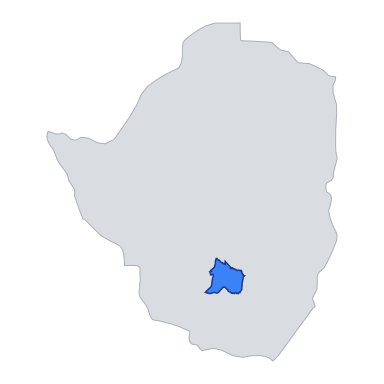 Mberengwa, Midlands, Zimbabwe shown in context
{"feature_id": "62879985B72104982716343", "entity_name": "Mberengwa", "entity_type": "district", "adm_level": 2, "iso_a3": "ZWE", "parent_name": "Zimbabwe", "parent_adm1": "Midlands", "projection": "equal_earth", "projection_center": [30.19, -20.689], "detail": "fine", "context": "in_parent", "style": "filled", "palette": "blue", "viewbox_px": 384, "rotation_deg": 0, "n_neighbors": 0, "source": "geoboundaries", "source_scale": "gbopen_adm2", "svg_char_len": 5947}
<svg xmlns="http://www.w3.org/2000/svg" viewBox="0 0 384 384"><path d="M272.8,361.0L269.5,358.1L265.0,356.3L259.2,355.5L251.6,355.8L242.3,357.3L232.4,355.5L221.8,350.2L213.0,348.3L202.4,350.6L202.0,350.7L200.1,348.9L197.2,345.0L192.4,344.3L191.1,343.4L190.0,342.0L189.3,340.1L189.0,338.1L189.8,331.7L189.4,331.0L188.1,330.3L185.5,329.5L179.1,326.6L171.1,323.8L158.2,320.7L153.1,319.9L152.0,319.0L150.5,316.6L148.0,309.3L145.6,304.5L140.0,297.0L139.1,294.7L139.3,288.7L139.7,284.0L140.3,279.9L140.0,276.1L139.9,271.3L140.1,268.2L139.3,266.8L137.3,265.8L131.5,265.4L124.5,265.6L124.3,260.7L123.5,253.3L122.2,249.0L120.6,246.8L117.4,244.4L110.8,241.2L101.9,236.4L94.3,229.2L85.6,220.2L82.8,218.7L79.6,210.3L74.6,195.9L74.8,191.1L74.1,188.7L69.3,181.6L68.2,178.0L67.3,174.2L59.6,163.8L57.0,159.3L55.0,153.5L53.0,148.8L51.3,146.9L49.2,143.8L47.6,140.1L46.9,137.4L47.4,133.8L48.1,131.3L55.4,133.9L59.3,134.1L62.4,132.9L66.2,134.6L70.8,139.3L75.8,140.2L81.1,137.3L88.3,138.1L97.5,142.8L105.1,143.8L114.0,139.6L122.0,128.1L129.5,117.2L136.9,104.6L141.3,94.5L147.8,86.2L156.5,79.9L165.3,74.5L178.8,67.9L181.5,62.4L182.4,56.5L182.4,48.2L183.1,42.9L184.5,40.4L186.7,38.5L189.6,36.1L198.5,29.8L206.0,25.8L215.1,23.1L225.1,23.1L234.7,23.1L240.1,23.0L240.2,31.0L240.6,40.0L241.7,40.8L248.9,41.0L260.5,41.6L271.6,42.3L278.8,48.7L281.1,50.1L288.6,51.9L298.0,62.7L309.4,63.7L317.2,67.1L324.0,70.8L328.0,75.2L330.6,76.2L334.0,76.6L335.7,77.0L335.3,80.2L333.0,85.6L333.2,93.3L336.4,104.1L336.7,113.4L335.7,129.9L335.6,145.9L335.9,151.5L336.4,155.3L337.1,157.4L337.0,159.7L335.0,166.4L333.5,173.4L333.4,176.2L332.8,178.2L331.7,180.0L326.7,183.2L325.9,185.2L325.9,188.8L326.5,191.9L328.3,193.0L330.5,194.7L331.4,197.0L331.4,199.4L330.7,203.9L328.6,211.2L330.6,219.7L332.8,225.2L335.8,231.5L337.0,235.4L336.9,238.2L336.5,241.0L331.8,252.5L328.5,259.7L324.4,267.4L319.1,272.3L317.7,274.6L317.1,277.2L317.3,283.0L317.0,289.0L312.4,298.3L315.2,306.2L314.6,307.0L313.0,308.1L306.5,317.1L299.8,326.1L295.0,332.7L289.5,340.3L283.3,348.7L278.1,355.9L272.8,361.0Z" fill="#d9dde1" stroke="#a8b0b8" stroke-width="1"/><path d="M242.0,272.8L241.9,272.8L241.8,272.7L241.9,272.4L241.8,272.2L241.7,272.1L241.7,271.9L241.7,271.7L241.7,271.4L241.6,271.1L241.5,270.9L241.4,270.7L241.3,270.4L241.2,270.3L240.9,270.4L240.9,270.5L240.7,270.7L240.7,270.9L240.8,270.9L240.8,271.0L240.7,271.1L240.4,270.8L240.3,270.7L240.2,270.6L239.9,270.6L239.5,270.4L239.4,270.3L239.2,270.2L238.7,270.1L238.2,270.2L237.8,270.4L237.6,270.4L237.2,270.4L236.9,270.4L236.8,270.2L236.7,270.0L236.4,269.7L236.0,269.6L235.7,269.5L235.5,269.8L235.4,269.8L235.3,269.7L235.1,269.4L234.8,269.0L234.7,269.0L234.4,269.0L234.1,268.9L233.9,268.7L233.5,268.7L233.2,268.8L233.0,268.6L232.9,268.2L232.5,268.2L232.3,268.2L232.2,268.2L232.0,267.6L231.9,267.6L231.7,268.0L231.4,268.3L231.0,268.5L230.8,268.4L230.7,268.4L230.5,268.5L230.4,268.4L230.3,268.2L230.4,267.3L230.4,267.1L230.2,266.8L230.0,266.6L229.6,266.2L229.4,265.9L229.2,265.7L228.9,265.4L225.2,261.4L225.2,262.2L225.2,262.5L225.2,262.9L225.2,263.9L225.2,264.1L225.3,264.5L225.1,264.5L224.9,264.4L224.5,264.2L224.4,264.1L224.0,263.5L224.0,263.4L223.8,263.4L223.7,263.4L223.5,263.6L223.4,263.6L223.2,263.5L223.1,263.3L222.9,263.2L222.7,263.3L222.6,263.2L222.4,263.0L222.4,262.7L222.1,262.5L221.8,262.6L221.7,262.6L221.5,262.4L221.4,262.4L221.2,262.3L220.9,262.2L220.7,261.8L220.6,261.7L220.4,261.3L220.1,261.1L219.8,260.9L219.6,260.7L219.4,260.6L219.2,260.6L218.9,260.6L218.7,260.4L218.7,260.2L218.7,259.9L218.3,260.0L218.1,260.0L217.9,259.8L217.8,259.6L217.7,259.5L217.6,259.4L217.5,259.2L217.4,259.3L217.2,259.1L217.1,258.9L216.9,258.5L216.8,258.4L216.7,258.4L216.3,258.4L216.1,258.9L215.8,260.0L215.4,261.2L215.4,263.4L215.4,263.9L215.4,264.0L215.4,264.4L215.0,265.0L214.7,265.3L214.5,266.6L214.3,267.4L213.0,268.5L211.0,270.1L210.7,270.4L210.9,270.6L211.3,271.4L210.6,271.6L209.9,271.8L210.0,271.9L210.4,274.1L210.6,274.6L210.8,275.0L211.4,274.8L212.1,274.6L212.5,274.4L212.8,274.3L213.0,274.6L213.2,274.9L213.3,275.1L213.0,277.2L212.8,277.7L212.7,278.2L212.5,279.0L212.4,279.3L212.3,280.3L212.1,281.1L212.1,281.6L211.9,283.0L211.7,284.0L211.6,284.7L211.4,286.1L210.0,287.8L208.4,289.2L206.4,291.3L206.2,291.4L205.3,292.3L206.8,292.9L208.1,293.3L210.3,293.5L213.9,292.5L215.3,292.6L216.1,292.9L216.7,293.1L216.8,293.1L217.3,293.1L218.8,292.1L219.0,291.9L219.4,291.3L219.5,291.2L219.8,290.9L220.0,290.7L221.0,289.4L221.2,289.2L221.3,289.2L221.5,289.0L221.6,288.9L221.8,288.8L222.1,288.3L222.7,287.7L223.2,287.3L223.4,287.1L223.5,287.1L223.6,287.3L223.8,287.3L224.1,287.1L224.3,287.0L224.5,287.0L224.8,287.1L224.9,287.3L225.0,287.4L225.8,288.1L226.0,288.3L226.1,288.5L226.5,288.8L226.8,289.0L227.0,289.3L227.2,289.5L227.3,289.5L227.6,289.5L227.8,289.7L227.9,289.8L227.8,290.2L227.9,290.5L228.0,290.9L228.1,291.0L228.5,291.3L228.8,291.5L229.0,291.6L229.3,291.8L229.5,291.9L230.0,291.8L230.5,292.2L230.6,292.3L230.8,292.6L231.0,292.8L231.5,293.2L232.0,292.9L232.1,293.0L232.5,293.4L232.8,293.2L233.1,293.1L233.4,293.1L233.8,293.3L234.0,293.3L234.2,293.5L234.3,293.5L234.6,293.5L234.7,293.1L234.9,292.9L235.3,292.7L235.6,292.5L235.8,292.5L236.0,292.8L236.2,293.0L236.4,293.2L236.5,293.3L236.7,293.1L236.8,293.0L237.1,293.0L237.3,293.2L237.8,293.6L238.0,293.6L238.4,293.5L238.5,293.5L238.6,293.4L238.8,293.2L239.1,292.8L239.3,292.6L239.5,292.4L239.9,292.5L239.9,292.4L240.0,292.2L240.0,291.9L240.2,291.7L240.3,291.5L240.5,291.5L240.8,290.8L241.8,289.6L241.8,289.1L241.7,288.5L241.8,287.7L241.9,287.0L242.0,286.2L242.1,285.7L242.0,285.0L242.1,284.1L242.2,283.1L242.6,281.1L242.7,280.0L242.9,279.4L243.1,279.0L243.1,278.6L243.2,277.3L243.4,276.8L243.8,276.4L244.2,276.2L244.6,275.7L244.3,275.6L243.9,275.7L243.8,275.8L243.7,275.8L243.3,275.7L243.2,275.6L243.1,275.4L243.1,275.0L243.2,274.9L243.2,274.7L243.1,274.4L242.9,274.3L242.7,274.2L242.4,274.0L242.3,273.9L242.2,273.6L242.0,273.2L242.0,272.9L242.0,272.8Z" fill="#3b82f6" stroke="#1e3a8a" stroke-width="1.5"/></svg>